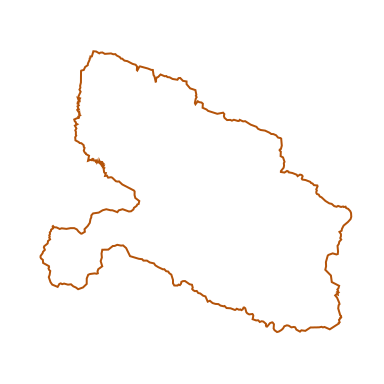 Mae Mo, Lampang, Thailand, rotated 265°
{"feature_id": "78962969B1681063104850", "entity_name": "Mae Mo", "entity_type": "district", "adm_level": 2, "iso_a3": "THA", "parent_name": "Thailand", "parent_adm1": "Lampang", "projection": "albers", "projection_center": [99.839, 18.409], "detail": "fine", "context": "isolated", "style": "outline", "palette": "amber", "viewbox_px": 384, "rotation_deg": 265, "n_neighbors": 0, "source": "geoboundaries", "source_scale": "gbopen_adm2", "svg_char_len": 5905}
<svg xmlns="http://www.w3.org/2000/svg" viewBox="0 0 384 384"><g transform="rotate(265 192 192)"><path d="M109.2,49.9L112.0,51.9L112.4,53.3L111.5,54.6L111.9,56.6L110.5,60.4L110.6,63.4L108.4,65.5L107.0,68.0L105.1,70.1L106.4,75.1L109.6,79.1L115.0,79.6L118.6,81.4L119.2,83.3L119.4,87.8L118.9,89.9L119.2,91.1L121.3,91.0L123.3,91.9L125.8,96.1L131.1,95.0L134.6,96.5L138.5,96.5L142.3,97.6L141.9,103.6L145.1,108.4L145.0,110.3L145.9,112.9L144.8,116.6L144.8,118.7L141.9,121.5L133.5,124.7L130.1,133.2L129.4,136.5L127.9,137.6L127.6,141.1L125.5,143.8L124.2,147.9L122.1,149.1L120.1,151.8L117.5,156.3L117.5,157.7L115.4,159.3L114.8,161.4L113.1,162.3L111.5,164.2L106.0,165.4L102.7,165.1L100.4,166.2L100.1,169.5L100.9,170.5L100.3,171.8L101.5,173.0L103.4,173.6L104.0,175.2L103.9,177.3L100.3,181.6L99.6,183.9L96.7,184.4L95.4,183.7L94.0,184.7L93.0,186.2L93.0,188.1L90.8,189.4L90.2,191.4L87.7,194.1L86.8,196.3L81.4,198.1L82.1,200.3L79.6,202.8L78.5,205.5L78.0,208.6L76.4,210.4L75.4,213.5L75.6,214.5L73.4,216.3L72.8,220.3L70.9,224.1L70.8,225.0L71.8,226.4L70.6,228.6L70.8,230.0L70.0,230.9L70.6,232.2L72.4,233.3L72.4,234.0L71.5,234.9L67.4,235.7L66.2,236.6L65.1,238.3L65.2,241.6L64.4,242.1L63.4,242.3L60.0,241.3L58.5,244.6L58.4,246.8L56.6,248.2L57.2,250.1L56.7,251.8L54.2,254.2L52.3,254.0L51.5,254.4L51.4,255.1L54.6,258.3L55.2,260.5L54.9,261.0L53.1,262.1L48.9,261.4L47.1,262.2L45.1,264.5L45.4,266.3L46.7,269.0L48.0,270.7L50.2,272.3L50.9,274.9L50.4,276.7L48.5,279.2L48.7,281.7L48.2,283.0L45.8,284.0L43.5,287.4L44.7,288.9L43.8,292.8L46.7,298.2L46.1,306.9L46.4,309.3L45.7,310.6L46.0,312.2L43.2,317.3L48.2,326.8L48.8,326.7L49.3,327.7L51.8,327.3L53.7,329.3L53.9,328.9L54.8,329.7L55.7,329.6L56.3,328.9L63.3,327.5L66.4,328.2L67.5,329.2L69.1,328.9L74.1,327.3L76.5,325.6L77.7,327.2L77.1,328.3L78.2,328.2L79.1,329.2L79.8,327.9L80.7,328.9L82.2,328.3L83.2,329.4L85.7,330.4L90.1,323.4L96.7,323.1L102.9,318.0L106.3,319.1L110.5,319.3L116.6,321.6L117.4,322.4L118.6,326.8L117.2,330.4L117.5,331.8L120.0,332.3L125.7,332.3L127.4,333.7L129.7,334.4L131.6,336.5L133.2,335.7L134.9,336.5L137.1,336.7L139.4,335.4L140.4,337.7L142.1,338.1L145.3,340.1L148.5,344.7L151.2,347.6L153.4,348.5L157.2,348.6L159.1,348.0L161.6,346.1L162.6,344.2L164.0,343.7L163.8,341.9L164.4,341.3L164.1,339.2L165.4,336.3L164.7,334.8L165.5,332.5L168.0,330.1L168.7,327.8L171.5,324.1L175.5,320.5L176.4,318.9L178.4,318.0L179.1,316.3L180.1,315.8L181.2,315.8L182.7,316.5L183.8,316.0L186.7,317.6L187.6,317.4L188.2,314.1L190.0,312.8L190.6,311.4L191.8,310.7L194.0,306.2L194.8,303.0L195.7,302.5L198.1,303.6L199.4,302.7L199.9,301.1L198.6,298.6L200.1,297.8L202.2,293.6L203.2,290.0L204.0,289.8L204.7,288.5L203.3,285.8L204.2,282.3L205.1,282.4L208.2,285.4L210.3,286.0L212.7,286.0L214.0,286.8L218.5,285.7L220.0,283.4L224.5,284.0L225.8,282.9L226.6,283.1L227.1,284.3L230.3,285.5L237.4,285.5L238.0,284.9L238.7,282.5L241.2,280.7L242.6,278.1L242.9,276.0L244.3,274.4L246.8,270.1L247.8,265.8L249.2,263.3L251.3,261.9L254.0,256.3L257.9,251.2L257.9,249.0L259.7,245.8L258.8,245.1L258.7,244.1L260.3,240.0L259.6,238.0L260.5,236.4L260.6,233.2L263.1,230.8L264.9,230.4L266.8,231.0L268.3,229.9L267.7,224.0L271.4,215.1L272.9,213.7L275.0,209.9L279.0,210.5L280.3,209.3L280.9,206.9L281.9,205.7L279.1,203.1L280.4,202.6L284.7,203.9L286.1,204.9L287.5,204.2L288.4,204.8L293.2,204.3L295.4,199.2L299.9,196.0L302.6,196.2L303.5,192.7L306.6,190.2L306.6,188.5L305.1,187.3L306.3,182.5L308.2,179.7L308.6,177.5L309.7,176.6L309.7,174.9L311.8,170.9L309.6,168.4L309.1,166.9L307.4,166.0L305.2,165.8L305.1,165.4L310.3,164.7L311.8,163.9L317.0,163.6L317.2,162.1L318.9,158.7L321.7,151.1L321.4,150.5L317.8,148.1L318.3,147.7L321.8,148.2L323.7,146.9L324.8,144.0L328.0,139.0L328.8,136.1L330.9,134.1L331.1,132.8L332.7,131.8L334.6,128.8L336.0,127.7L336.1,125.5L337.1,123.4L337.2,117.2L338.8,114.9L338.8,112.8L338.2,111.7L340.3,108.8L340.8,106.0L335.9,104.1L335.9,102.6L334.6,102.5L334.0,101.7L332.8,101.6L329.0,99.5L327.4,99.2L325.9,96.5L323.0,94.8L322.6,92.3L322.2,92.0L310.8,90.9L307.5,89.8L305.6,89.9L303.8,88.8L301.6,89.8L296.9,87.1L295.7,87.3L295.1,88.6L294.3,88.0L293.2,88.0L294.5,86.7L292.1,87.3L291.5,86.1L290.4,85.8L290.4,86.7L289.0,86.3L288.1,86.8L287.3,85.4L284.3,86.4L284.5,85.4L283.8,84.8L281.8,85.9L281.7,86.6L280.6,86.4L280.2,86.9L279.2,86.4L278.2,87.3L277.1,85.4L276.2,85.9L275.6,85.6L275.6,84.1L274.5,81.0L272.6,81.4L271.7,82.3L270.2,82.5L269.5,83.6L268.3,81.1L265.4,82.4L263.6,81.1L262.1,81.6L259.3,81.3L258.4,81.6L256.7,80.4L253.6,80.4L251.6,83.5L250.6,84.3L250.2,86.1L248.0,88.2L246.4,88.1L245.4,88.8L242.6,87.8L240.4,88.7L239.7,89.7L239.0,89.7L237.1,92.6L232.1,91.1L232.3,91.9L233.2,92.3L232.4,94.9L233.5,95.4L233.7,96.1L233.3,96.6L232.4,96.3L231.8,97.1L231.9,98.3L230.7,98.7L231.7,99.9L229.6,100.0L230.4,100.9L229.3,102.0L231.3,102.4L229.0,103.2L230.0,103.6L229.7,105.1L228.3,105.1L228.3,106.0L227.8,106.4L226.6,105.7L228.1,104.7L228.0,104.2L225.9,104.5L225.5,105.0L225.7,106.3L224.1,105.4L223.5,106.7L222.3,106.0L219.3,106.2L218.4,106.9L218.3,107.8L215.6,106.8L215.7,108.7L213.6,109.7L213.8,112.6L213.2,113.8L209.4,117.1L208.9,118.6L208.9,120.2L205.6,123.2L198.6,134.2L197.6,134.9L194.0,134.5L191.0,135.0L187.6,138.7L184.7,137.8L184.4,136.5L182.9,135.5L181.3,132.8L179.7,132.1L178.1,129.6L178.1,127.4L180.9,121.4L180.1,117.4L178.4,115.9L180.7,111.2L180.9,109.3L182.3,105.1L181.6,101.4L179.6,97.3L179.3,91.6L177.5,89.7L175.4,89.4L173.9,88.5L170.2,87.5L167.2,85.1L164.3,81.7L161.7,81.8L160.1,78.5L160.3,77.7L162.4,75.6L164.8,74.0L166.3,71.5L166.6,68.1L166.2,63.7L167.2,59.0L166.7,57.0L168.5,54.0L168.9,51.6L170.2,50.6L169.9,50.2L167.8,50.3L166.8,48.4L165.6,48.2L164.1,46.8L162.5,46.9L161.2,46.0L159.9,46.4L159.0,45.8L157.2,46.5L155.7,44.3L153.3,43.7L150.8,40.0L149.8,39.6L147.2,40.4L145.5,38.4L144.0,37.8L141.5,35.6L140.2,35.4L139.0,35.8L137.4,37.5L134.3,37.5L130.6,43.0L129.6,43.1L128.5,42.4L127.0,42.8L125.7,43.9L121.7,42.9L119.7,41.9L114.5,43.2L111.9,44.7L109.2,49.9Z" fill="none" stroke="#b45309" stroke-width="2"/></g></svg>